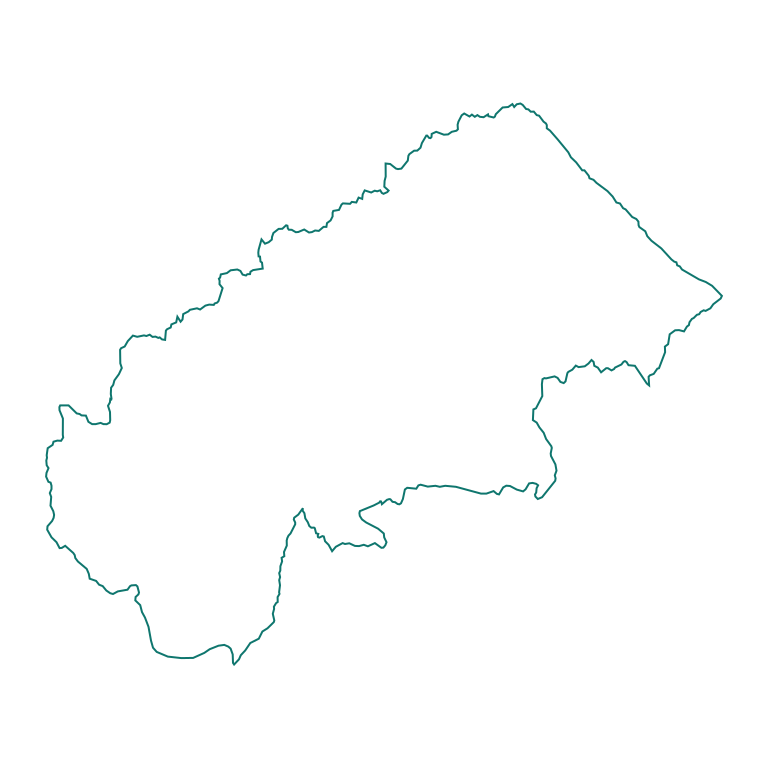 the district of San Rafael, Antioquia, Colombia
{"feature_id": "7082276B22021388124839", "entity_name": "San Rafael", "entity_type": "district", "adm_level": 2, "iso_a3": "COL", "parent_name": "Colombia", "parent_adm1": "Antioquia", "projection": "equal_earth", "projection_center": [-75.014, 6.308], "detail": "fine", "context": "isolated", "style": "outline", "palette": "teal", "viewbox_px": 768, "rotation_deg": 0, "n_neighbors": 0, "source": "geoboundaries", "source_scale": "gbopen_adm2", "svg_char_len": 6074}
<svg xmlns="http://www.w3.org/2000/svg" viewBox="0 0 768 768"><path d="M721.9,295.9L712.1,285.8L705.8,282.0L699.0,279.4L682.0,269.5L679.8,266.4L677.2,265.3L676.4,262.3L674.3,261.7L671.4,259.4L661.3,248.4L651.4,240.7L647.3,236.2L645.3,231.3L639.4,227.1L638.6,225.3L638.4,221.6L636.3,219.0L632.2,217.0L625.6,209.4L623.1,208.2L620.0,203.5L616.4,202.5L612.7,196.6L607.5,191.1L596.5,182.9L593.5,179.8L589.5,178.3L588.7,175.7L584.4,170.3L582.2,170.3L576.2,162.4L570.9,157.3L568.3,152.3L557.5,139.2L550.0,130.6L546.8,128.3L546.8,125.1L546.0,123.5L543.5,121.6L539.1,115.7L536.7,115.1L533.8,111.6L530.7,111.7L528.4,109.4L526.1,109.0L522.7,104.9L520.4,103.5L516.7,104.3L514.2,107.0L512.4,104.1L508.2,107.0L502.6,107.5L495.8,114.2L494.9,116.6L493.7,117.5L488.4,116.2L488.0,114.4L483.6,117.2L479.9,116.8L477.4,115.1L474.8,116.8L471.9,114.6L469.5,116.5L464.2,113.5L461.7,115.3L458.4,121.7L457.6,124.8L457.9,129.3L456.5,130.7L451.8,131.8L448.1,134.4L443.9,134.7L436.2,131.8L431.7,133.9L431.5,137.0L430.5,138.1L429.1,137.9L427.2,135.6L426.3,135.6L421.9,143.1L420.5,147.7L417.3,150.6L414.1,150.7L409.4,154.1L408.4,155.8L407.8,160.6L401.4,168.6L398.0,169.1L396.0,168.6L390.2,164.0L385.6,163.5L385.7,176.6L384.6,180.9L384.3,186.7L388.6,190.6L387.3,192.1L383.5,193.8L381.8,192.9L380.2,190.3L377.2,191.3L374.7,190.7L371.2,192.5L364.7,190.4L362.7,194.4L362.2,198.9L358.6,197.6L356.3,202.5L351.8,201.9L350.1,203.8L342.9,203.4L341.5,204.6L339.0,209.9L333.3,210.9L332.6,212.7L332.6,216.4L330.6,220.4L327.0,223.1L326.4,226.9L323.5,226.9L318.8,230.9L315.1,230.5L311.9,232.1L309.0,232.5L304.2,229.5L298.3,232.0L295.8,232.2L291.7,229.8L288.8,229.7L287.8,228.3L287.4,225.7L286.1,225.3L282.3,228.8L278.6,228.9L273.4,233.0L272.0,237.0L271.8,239.6L268.7,242.2L265.0,243.7L261.5,239.4L258.6,249.8L258.3,252.7L258.6,256.4L260.0,256.6L260.5,261.5L262.0,262.6L262.7,268.6L253.1,270.1L250.5,271.7L250.0,274.1L247.3,274.2L246.0,275.5L242.6,274.6L240.4,270.9L237.3,269.5L230.6,270.3L226.9,273.1L220.8,274.4L220.1,277.6L218.9,278.7L219.6,280.8L219.5,284.2L222.6,288.1L218.5,301.1L217.2,302.6L214.6,303.5L213.8,304.9L209.2,304.6L205.4,305.6L200.1,309.5L197.0,308.3L189.9,309.8L188.4,311.4L183.2,314.1L182.5,319.5L180.6,321.7L177.4,316.7L176.2,322.4L171.4,324.4L170.7,327.5L167.1,329.2L165.9,330.6L165.1,339.9L162.0,339.4L159.7,337.4L158.3,337.9L155.5,336.6L152.5,336.9L149.7,334.7L146.4,336.0L144.0,335.4L137.2,336.8L132.9,335.6L127.8,341.1L124.7,346.5L121.1,348.2L120.1,349.8L120.3,363.4L121.8,368.0L118.9,374.2L114.4,380.4L113.2,384.9L111.1,387.7L110.8,394.0L111.5,398.7L111.3,399.4L110.3,398.9L109.9,402.4L108.0,405.8L110.0,412.0L110.2,420.2L109.7,422.6L106.7,424.2L103.4,424.1L100.6,422.9L95.8,424.1L92.1,424.1L88.4,421.8L85.9,415.6L81.5,415.4L79.6,414.0L76.7,413.4L68.6,405.4L60.2,405.4L59.4,407.1L59.5,410.2L62.9,418.5L62.8,434.9L63.2,437.5L61.1,440.8L57.3,440.6L53.5,441.7L52.6,444.9L47.7,448.2L46.7,455.2L47.0,457.8L46.3,460.6L46.7,465.3L48.5,468.1L46.5,472.9L46.1,476.6L48.4,481.8L50.6,482.6L51.5,485.7L51.5,489.1L49.8,493.1L51.2,496.9L50.5,505.7L53.3,511.2L54.1,514.9L53.6,517.9L52.1,521.0L47.5,526.3L47.2,529.7L51.5,537.3L56.5,542.2L59.6,548.1L61.8,547.9L65.2,545.8L73.3,553.0L74.7,555.1L75.3,558.0L77.9,561.5L86.7,568.9L88.8,573.8L89.7,578.7L96.1,580.9L99.1,584.7L102.7,586.1L106.3,590.5L110.2,593.2L113.0,594.0L117.8,591.4L127.5,589.7L130.0,586.2L131.4,585.4L135.9,585.1L137.4,586.4L139.0,592.5L138.4,594.4L135.6,597.0L135.3,600.4L140.2,605.1L142.0,612.1L145.0,617.6L148.5,626.8L151.0,640.6L153.0,647.7L156.7,651.9L167.8,656.6L181.4,658.1L193.2,657.9L204.3,652.9L209.7,649.2L218.5,645.7L224.3,644.9L228.3,646.6L230.6,648.6L232.7,654.4L233.0,662.9L234.1,664.5L239.0,659.3L240.8,655.2L245.2,650.5L250.3,643.0L258.8,638.7L262.4,631.5L267.5,628.3L273.8,622.1L274.3,620.5L272.8,613.8L274.1,608.9L273.9,606.7L276.1,603.1L277.7,602.0L277.6,597.1L279.5,593.9L279.1,592.3L280.0,585.2L279.2,580.1L280.1,577.1L279.2,573.1L280.3,570.6L280.4,566.2L282.1,561.4L281.6,557.8L284.3,556.2L284.0,552.0L286.8,545.6L286.7,540.5L287.3,538.1L288.5,535.6L290.5,533.5L295.2,524.3L295.2,522.5L293.8,519.5L294.2,517.7L298.3,514.6L302.9,508.2L302.6,510.6L304.4,513.2L305.3,518.4L307.8,522.2L309.3,526.0L311.3,527.7L314.0,527.6L314.8,528.2L316.1,533.3L318.3,533.9L317.7,535.9L318.1,537.2L319.4,537.6L322.4,536.1L323.8,536.5L325.1,541.3L328.6,544.8L332.1,551.2L335.8,546.8L342.6,543.1L345.0,544.0L349.3,543.3L354.9,545.9L359.0,546.1L363.8,544.8L367.9,546.3L374.9,543.1L381.4,547.8L383.4,547.6L385.3,545.3L386.5,542.2L384.2,537.4L383.8,533.5L378.1,528.7L366.2,522.5L362.0,519.4L359.8,515.9L359.4,513.1L359.9,511.1L373.6,505.5L379.1,502.7L380.2,501.3L381.1,501.5L381.9,504.2L387.0,499.8L389.2,499.1L390.4,499.3L392.5,501.8L395.1,502.2L397.6,504.0L399.4,504.3L401.0,503.3L402.9,499.0L404.9,489.5L407.2,487.8L416.3,488.7L418.4,485.4L420.6,484.7L427.8,486.6L435.4,485.8L439.8,486.8L445.2,485.8L455.9,486.8L481.0,493.6L486.4,493.6L493.6,491.1L496.9,493.9L499.0,494.4L503.2,487.4L506.3,485.7L510.0,486.0L516.8,489.6L523.1,491.4L525.6,489.3L529.1,483.4L532.6,482.9L536.1,483.8L538.1,485.3L536.6,488.2L536.2,492.5L535.0,494.5L535.4,496.5L537.8,499.0L542.1,497.2L555.2,480.8L555.6,478.4L554.8,475.3L556.5,470.7L555.4,464.4L551.0,456.0L550.7,453.5L551.8,447.9L551.3,446.2L546.1,439.0L543.7,432.8L539.4,427.4L536.7,422.6L532.9,420.1L533.4,409.4L536.0,408.3L542.3,396.1L541.9,384.2L542.5,379.2L544.4,378.1L546.0,378.4L554.6,376.4L557.6,377.9L560.4,381.9L563.7,383.1L565.5,381.4L567.4,373.1L568.3,371.9L572.3,369.7L575.8,365.6L578.6,367.1L584.8,366.3L588.5,363.5L591.5,360.0L593.6,361.9L594.3,365.8L597.8,367.6L601.1,372.3L606.2,368.2L607.9,368.2L611.5,370.4L614.1,369.0L615.0,367.6L621.4,364.5L623.5,361.8L625.0,361.1L626.6,362.1L628.5,365.2L634.9,365.8L646.8,383.5L649.1,385.4L648.6,376.8L649.9,375.3L653.7,373.9L657.3,368.7L659.0,368.2L665.1,352.2L664.9,346.6L668.1,344.2L669.7,334.3L675.1,330.3L679.0,330.1L684.0,331.4L686.9,326.6L688.9,325.1L689.5,322.2L691.9,318.9L693.7,318.0L696.9,314.8L699.2,314.2L700.6,312.0L703.7,310.3L705.6,310.9L710.4,308.3L713.3,304.2L720.7,298.5L721.9,295.9Z" fill="none" stroke="#0f766e" stroke-width="2"/></svg>